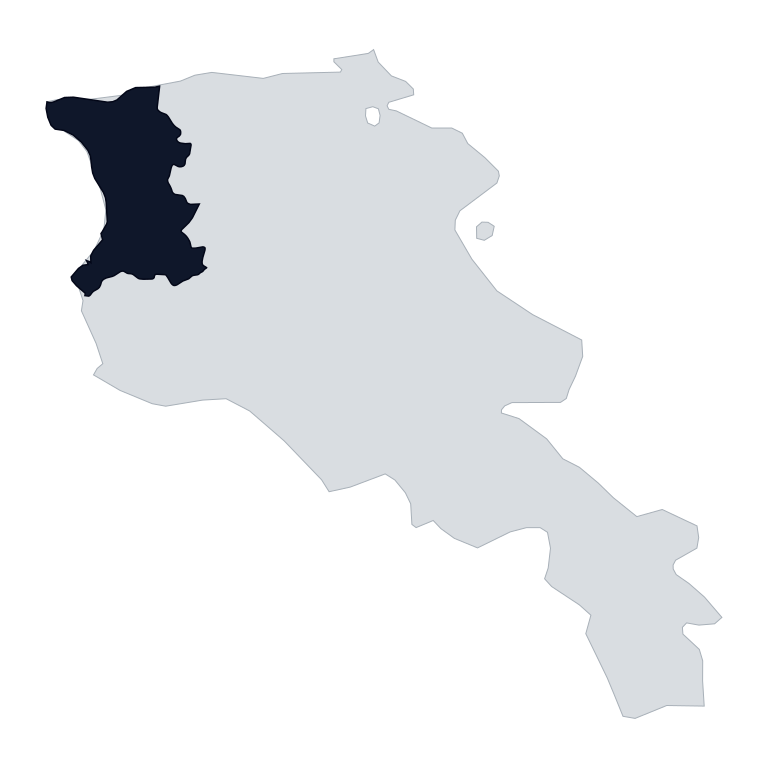 location of Shirak within Armenia
{"feature_id": "ARM-1555", "entity_name": "Shirak", "entity_type": "Province", "adm_level": 1, "iso_a3": "ARM", "parent_name": "Armenia", "parent_adm1": "", "projection": "albers", "projection_center": [43.928, 40.787], "detail": "fine", "context": "in_parent", "style": "filled", "palette": "ink", "viewbox_px": 768, "rotation_deg": 0, "n_neighbors": 0, "source": "natural_earth", "source_scale": "10m", "svg_char_len": 4370}
<svg xmlns="http://www.w3.org/2000/svg" viewBox="0 0 768 768"><path d="M329.1,491.7L321.6,479.8L284.2,440.9L249.7,411.0L226.1,398.7L202.5,400.1L165.7,406.2L152.2,403.7L120.2,390.5L93.5,374.9L97.2,368.4L102.8,363.7L96.1,343.4L81.4,310.8L83.0,300.6L78.4,286.4L73.3,275.7L94.2,250.3L103.8,229.8L105.9,209.9L100.4,189.1L86.9,151.5L78.5,140.6L63.0,130.3L50.0,113.6L46.8,101.8L57.8,99.5L89.9,99.3L120.9,95.4L145.3,87.6L180.4,81.1L194.9,75.2L211.8,72.4L263.3,78.4L282.5,73.5L340.4,72.1L341.8,69.6L333.9,61.8L333.9,58.8L368.3,53.4L373.6,49.6L378.2,62.1L391.4,75.9L405.6,81.4L413.3,89.0L413.7,94.8L388.8,102.3L387.1,105.8L388.8,109.3L396.3,110.9L431.7,128.0L451.7,128.0L462.3,133.2L467.8,143.6L484.8,157.6L498.4,171.2L499.3,175.9L496.9,183.0L459.9,210.8L455.3,220.2L454.9,230.0L471.9,259.2L496.9,290.9L532.6,314.6L581.7,340.0L582.7,356.4L575.5,376.1L569.1,389.5L566.3,398.5L560.5,402.4L511.9,402.6L504.7,405.9L501.5,409.8L501.4,413.0L519.0,418.6L546.7,438.9L562.8,458.8L579.4,467.3L598.2,483.0L613.3,497.7L636.8,516.6L662.2,509.5L697.0,525.9L698.7,537.6L696.9,548.1L675.6,560.2L673.1,565.0L673.2,569.0L676.2,574.6L689.1,583.6L704.5,597.1L721.9,617.4L714.6,623.8L698.9,625.1L686.6,622.9L682.4,627.3L682.9,634.1L699.3,649.4L702.7,660.8L702.6,680.9L704.2,706.1L666.7,705.5L635.1,718.4L623.0,716.3L614.4,695.1L607.2,677.8L585.8,633.7L590.9,615.2L579.4,604.9L551.7,586.6L544.6,578.8L548.2,568.0L550.5,548.2L547.5,532.3L540.1,527.6L526.6,527.6L510.2,531.9L477.5,547.9L454.4,538.4L441.0,528.7L433.2,520.5L416.1,527.6L411.9,524.4L410.7,503.8L405.4,492.8L394.9,480.0L385.2,473.9L350.2,487.1L329.1,491.7ZM379.1,122.9L380.1,115.4L378.4,108.8L372.8,106.7L365.9,108.6L365.5,116.0L367.7,123.0L374.7,126.1L379.1,122.9ZM492.2,235.5L484.3,240.3L476.7,238.3L476.5,226.8L481.9,222.1L488.1,222.3L494.2,226.3L492.2,235.5Z" fill="#d9dde1" stroke="#a8b0b8" stroke-width="1"/><path d="M107.6,102.2L112.8,101.7L116.9,100.0L126.6,91.4L135.6,87.6L155.0,87.2L159.6,86.1L159.6,86.5L157.2,107.3L157.3,108.9L157.9,110.1L159.8,111.8L161.2,112.6L166.1,114.5L167.1,115.4L168.4,117.0L172.3,123.3L174.1,125.5L175.7,127.0L179.5,129.5L180.1,130.0L180.5,130.9L180.7,132.0L180.6,134.1L179.9,135.3L179.1,136.2L177.2,137.5L176.7,138.2L176.5,139.3L176.8,140.4L178.0,141.8L179.2,142.6L180.7,143.1L185.4,143.7L190.2,143.4L190.8,143.9L191.1,144.9L189.6,153.8L188.8,155.2L186.4,157.5L185.6,159.1L185.3,161.0L185.0,163.9L184.2,165.3L183.0,166.2L181.3,166.7L179.7,166.8L178.2,166.5L174.8,164.7L174.0,164.4L173.3,164.5L172.8,164.7L172.5,165.0L172.2,165.3L171.6,166.6L171.1,168.1L169.4,175.6L169.1,176.4L167.6,179.3L167.6,181.0L168.2,182.9L169.9,185.8L170.9,187.9L171.7,190.0L172.2,191.8L173.3,193.3L174.9,194.4L182.3,195.5L183.8,196.4L185.3,198.5L186.7,202.0L187.4,203.1L189.1,203.9L190.5,204.4L199.3,204.0L192.4,217.8L188.9,222.6L181.7,229.6L181.1,230.9L181.3,231.9L184.5,234.4L186.4,236.3L187.8,238.2L189.2,240.6L189.8,241.8L190.2,243.3L190.9,246.4L191.2,247.4L191.9,248.0L192.8,248.2L195.8,248.1L202.6,246.9L203.8,247.0L204.9,247.7L205.1,248.8L204.9,250.3L202.8,257.5L202.1,261.2L202.1,263.2L202.5,264.6L203.1,265.3L203.8,265.9L206.0,267.2L206.6,267.7L206.4,268.0L204.9,269.0L204.1,269.7L203.0,271.1L202.3,271.7L200.3,272.7L199.3,273.7L198.4,274.4L197.3,274.8L193.7,275.3L192.7,275.6L191.9,276.0L188.7,278.8L182.9,281.0L177.2,284.7L175.8,285.3L174.6,285.5L173.6,285.4L172.7,284.9L171.8,284.1L171.0,283.1L167.6,277.3L166.3,275.5L165.9,275.0L165.4,274.7L156.7,274.2L155.3,274.5L154.7,275.2L154.4,276.2L154.1,277.7L153.3,278.5L152.2,279.0L143.4,279.2L139.9,278.9L138.8,278.6L137.6,277.9L133.3,274.6L132.1,274.0L130.7,273.7L128.1,273.5L127.1,273.2L123.7,271.2L122.3,271.1L120.6,271.5L114.2,275.6L112.3,276.4L106.4,277.9L103.6,279.3L102.2,280.6L101.3,282.2L100.9,283.8L100.4,285.3L99.3,287.4L97.8,288.8L93.4,291.3L92.0,292.7L90.4,294.9L89.4,295.8L88.6,296.1L84.9,295.6L85.1,295.0L85.1,293.1L76.5,285.7L72.1,280.6L71.2,277.0L78.5,268.4L83.1,265.2L88.1,264.6L87.5,262.6L87.2,261.8L86.5,260.6L87.8,261.1L88.7,261.3L89.7,261.7L90.9,262.7L90.7,256.0L93.6,250.3L102.6,239.8L101.0,233.5L102.2,231.8L106.7,223.9L107.3,221.7L106.2,202.4L105.5,197.8L103.5,192.6L94.8,178.5L92.7,173.0L91.6,166.6L91.1,161.1L90.3,155.7L87.9,150.3L81.3,142.0L73.1,135.0L64.0,130.4L55.1,129.1L51.1,125.3L47.8,117.3L46.1,108.4L47.0,101.9L49.1,102.5L51.2,102.5L53.2,102.1L64.6,97.5L73.5,97.2L107.6,102.2Z" fill="#0f172a" stroke="#020617" stroke-width="1.5"/></svg>